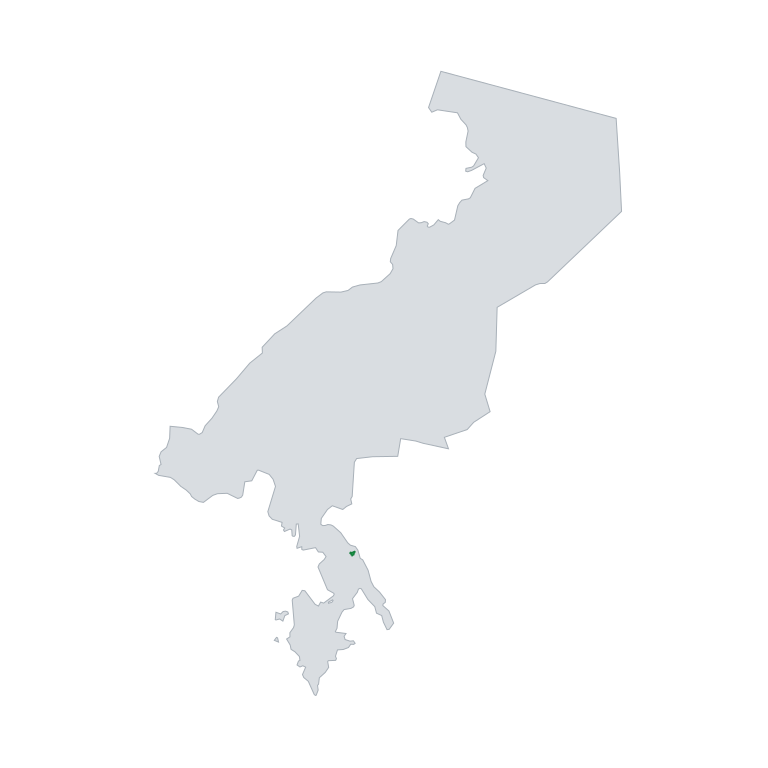 Yunusabad, Tashkent, Uzbekistan (highlighted), rotated 96°
{"feature_id": "79887680B16922356170962", "entity_name": "Yunusabad", "entity_type": "district", "adm_level": 2, "iso_a3": "UZB", "parent_name": "Uzbekistan", "parent_adm1": "Tashkent", "projection": "orthographic", "projection_center": [69.256, 41.321], "detail": "fine", "context": "in_parent", "style": "filled", "palette": "green", "viewbox_px": 768, "rotation_deg": 96, "n_neighbors": 0, "source": "geoboundaries", "source_scale": "gbopen_adm2", "svg_char_len": 4373}
<svg xmlns="http://www.w3.org/2000/svg" viewBox="0 0 768 768"><g transform="rotate(96 384 384)"><path d="M609.2,355.4L620.8,349.4L627.4,353.2L628.0,355.3L620.9,359.7L614.5,362.1L612.7,367.5L606.4,369.9L600.0,377.5L590.0,385.2L589.8,386.7L590.7,388.0L594.0,388.8L600.8,392.9L607.2,390.5L608.8,390.9L610.6,393.4L612.5,400.1L615.4,402.0L624.8,405.3L631.8,405.2L635.3,406.5L635.9,405.9L636.1,395.7L639.1,397.3L642.2,396.0L643.3,390.9L642.6,387.6L644.9,385.6L646.1,386.9L646.3,389.9L649.8,391.8L652.3,396.8L653.3,402.5L659.8,403.8L662.1,402.6L663.9,403.2L665.0,410.5L666.0,411.0L671.6,409.4L677.0,412.3L682.9,417.6L689.3,417.7L690.7,418.6L695.3,417.5L700.6,418.9L700.9,419.7L700.0,421.0L687.6,428.2L684.3,433.1L681.5,434.7L673.8,432.3L672.7,435.3L674.2,438.0L672.5,441.1L668.5,440.1L667.7,438.7L663.9,439.6L659.6,444.6L657.6,448.7L653.4,450.0L647.8,454.2L645.3,451.1L641.2,451.6L635.7,448.5L633.0,448.0L608.5,452.7L606.6,452.1L603.9,446.7L597.8,443.8L597.9,441.1L610.3,429.5L611.7,426.0L607.5,424.2L608.2,421.1L600.0,412.2L598.5,411.6L597.4,412.0L594.5,418.7L572.9,430.5L569.7,429.5L564.8,425.1L561.7,423.6L557.7,427.3L557.9,431.7L553.9,435.0L557.6,446.9L557.2,448.4L554.4,448.8L556.5,453.3L554.7,453.8L544.3,452.0L532.1,454.7L532.5,456.6L543.3,456.3L544.8,457.1L545.0,458.6L544.4,459.5L538.7,460.5L538.1,462.3L541.1,467.6L539.7,468.7L537.6,467.7L536.0,471.1L532.3,470.9L530.2,481.0L527.2,484.5L523.1,486.2L497.2,481.2L490.4,484.3L485.9,488.7L482.8,499.7L483.0,501.0L494.1,505.4L495.8,512.2L509.2,512.9L511.4,514.0L512.5,515.8L513.1,517.6L509.1,528.5L510.5,538.2L512.7,542.7L520.6,551.2L520.2,555.9L518.3,560.0L516.0,563.6L513.6,565.1L510.1,569.7L507.1,575.3L501.2,582.6L499.2,586.7L498.4,598.6L496.8,602.2L496.6,600.8L494.5,599.4L488.5,598.9L487.4,597.3L479.5,600.0L474.7,598.6L469.8,593.6L460.4,591.5L448.4,592.3L448.3,579.9L449.1,570.7L453.4,563.6L453.3,562.3L451.3,559.7L444.2,557.5L436.0,551.5L428.3,547.4L423.9,546.0L418.8,547.9L414.4,547.1L394.3,531.3L377.3,519.7L365.9,508.2L360.2,509.0L345.5,497.9L336.4,486.6L305.6,460.5L299.8,454.3L298.4,451.1L297.1,436.4L294.7,429.5L290.9,425.5L288.0,418.2L284.2,400.7L282.5,397.4L273.6,389.4L268.4,387.1L264.2,387.9L261.8,390.5L258.6,390.5L245.1,386.3L229.8,386.1L217.3,376.0L216.6,374.5L216.9,372.1L220.1,366.6L219.8,364.0L218.3,361.1L218.6,358.2L220.0,356.7L222.4,357.5L223.4,356.5L223.3,355.0L220.6,351.1L214.9,347.2L216.3,345.1L217.2,339.5L218.4,336.7L217.8,335.6L213.6,331.0L199.0,329.2L195.6,327.6L193.0,325.7L191.0,319.2L189.7,317.6L179.9,313.9L170.9,302.0L168.3,306.5L166.2,307.2L158.6,304.9L154.4,307.4L162.5,319.4L164.2,323.0L163.8,325.0L161.0,325.0L159.2,319.4L157.8,317.7L149.1,313.7L145.7,316.6L144.3,320.7L139.4,327.3L134.7,327.9L123.7,326.8L120.2,327.9L117.7,329.5L112.7,335.2L106.6,339.3L105.7,359.5L108.7,364.9L104.4,368.6L67.1,360.1L95.6,180.9L149.3,171.7L187.5,165.8L265.4,232.1L267.2,234.5L267.8,239.5L269.6,243.7L295.9,279.5L339.7,276.2L383.5,282.7L400.4,275.6L412.7,290.8L420.6,296.5L430.7,318.4L441.7,313.1L438.9,338.7L437.4,346.4L436.6,361.7L454.5,362.8L457.5,387.7L461.0,403.4L464.9,405.3L499.2,403.9L501.8,405.1L506.6,403.5L509.7,408.5L513.1,411.9L510.5,422.7L514.7,427.1L524.2,432.3L530.1,432.2L531.2,430.3L530.9,427.8L529.6,425.1L529.7,422.0L530.6,419.6L536.4,411.5L545.7,403.5L547.8,400.6L548.7,395.5L552.0,392.6L559.9,389.4L561.1,386.8L570.8,380.4L581.7,376.2L586.7,372.9L591.4,366.7L598.3,360.0L601.0,359.9L602.9,361.9L604.5,362.0L609.2,355.4ZM607.9,416.3L606.6,413.1L604.8,412.0L604.0,412.5L606.8,416.5L607.9,416.3ZM629.7,467.5L622.3,467.6L623.5,462.7L620.8,460.5L620.2,458.1L620.8,455.8L622.6,455.0L624.7,458.4L630.4,459.8L628.6,463.2L630.0,466.8L629.7,467.5ZM651.7,461.9L650.4,466.3L647.2,464.4L647.6,463.3L651.7,461.9Z" fill="#d9dde1" stroke="#a8b0b8" stroke-width="1"/><path d="M553.6,395.7L553.9,396.2L553.9,396.3L554.1,396.6L554.3,396.8L554.6,397.1L554.9,397.4L555.1,397.7L554.9,398.0L555.0,398.1L554.9,398.2L555.4,398.6L555.3,398.8L555.3,399.0L555.2,399.1L555.1,399.4L555.1,399.5L555.0,399.8L555.5,400.0L555.5,399.9L555.6,399.7L555.8,399.6L556.0,399.6L556.0,399.4L556.1,399.2L556.3,399.0L556.4,398.9L556.4,398.7L556.5,398.7L556.8,398.9L557.0,398.8L556.9,398.7L557.0,398.5L557.0,398.3L557.2,398.2L557.3,398.2L557.6,397.9L558.0,397.7L557.2,397.0L557.0,396.3L556.9,396.2L555.9,396.3L555.7,396.3L554.8,395.6L553.7,395.5L553.6,395.7Z" fill="#22c55e" stroke="#15803d" stroke-width="1.5"/></g></svg>